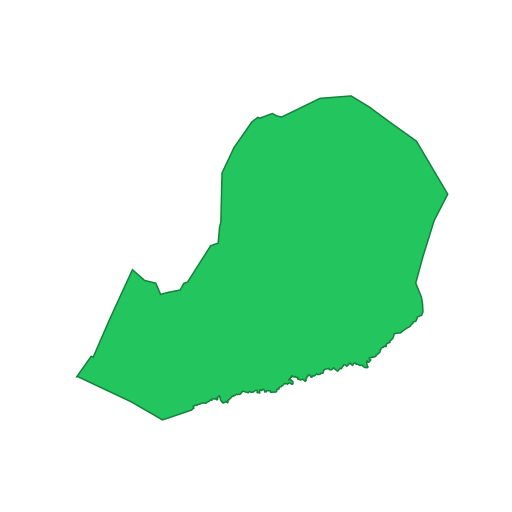 outline of Cochoapa el Grande, Guerrero, Mexico, rotated 258°
{"feature_id": "50627088B69738836017174", "entity_name": "Cochoapa el Grande", "entity_type": "district", "adm_level": 2, "iso_a3": "MEX", "parent_name": "Mexico", "parent_adm1": "Guerrero", "projection": "albers", "projection_center": [-98.516, 17.123], "detail": "fine", "context": "isolated", "style": "filled", "palette": "green", "viewbox_px": 512, "rotation_deg": 258, "n_neighbors": 0, "source": "geoboundaries", "source_scale": "gbopen_adm2", "svg_char_len": 5939}
<svg xmlns="http://www.w3.org/2000/svg" viewBox="0 0 512 512"><g transform="rotate(258 256 256)"><path d="M392.8,382.3L396.9,351.4L386.6,310.0L388.7,305.4L392.0,301.6L390.0,288.5L391.2,286.6L388.1,279.9L366.6,257.0L344.2,240.0L296.5,228.7L291.6,226.3L276.5,221.7L275.5,213.8L244.7,183.6L244.3,179.8L238.5,174.7L238.7,162.6L238.3,154.7L250.3,152.3L255.3,141.9L268.3,132.3L225.1,100.1L190.9,75.7L192.1,73.9L175.2,55.6L175.1,56.5L139.3,103.6L115.1,130.4L118.7,160.9L119.1,161.8L119.8,162.5L120.1,163.5L120.7,163.2L121.3,163.7L121.8,163.3L122.3,163.6L122.7,166.2L122.1,166.9L122.3,167.6L122.6,167.8L122.9,168.9L122.8,170.3L123.0,171.3L123.4,172.0L123.3,173.6L122.9,174.5L122.8,175.4L122.4,176.2L122.6,177.0L123.1,177.4L123.7,180.3L124.7,181.3L124.0,182.8L125.4,183.5L125.2,184.2L125.2,184.8L124.7,185.5L124.7,186.1L125.0,186.6L123.8,187.4L123.4,188.0L123.7,188.6L124.5,188.9L125.1,188.3L125.8,189.1L126.8,190.7L126.9,191.1L126.2,191.4L125.4,191.0L125.0,191.1L124.5,191.7L122.9,191.3L122.0,191.6L121.4,192.0L120.5,192.1L119.9,192.8L119.0,193.2L119.5,195.7L119.9,196.2L118.4,197.7L118.8,198.2L119.6,198.4L120.2,198.1L120.8,198.5L121.0,200.1L121.7,200.3L122.2,201.7L123.0,202.9L123.7,203.5L123.6,204.6L124.1,205.1L123.8,205.8L124.8,208.2L124.2,209.0L124.5,210.1L123.9,211.4L124.1,211.7L124.5,212.2L124.8,212.7L124.8,212.8L125.1,213.0L125.3,213.4L125.5,213.9L125.6,214.0L126.1,214.2L126.4,214.3L126.4,214.6L126.4,215.1L126.3,215.7L125.6,216.7L125.0,217.8L123.9,219.9L123.9,220.1L124.3,220.5L124.7,221.4L124.7,221.7L124.5,222.0L123.7,222.7L123.7,222.9L123.7,223.3L123.5,223.5L123.6,224.1L123.5,224.5L123.5,225.1L123.6,225.3L123.7,225.7L124.4,227.1L124.6,227.5L124.6,227.8L124.4,228.6L124.3,229.0L124.1,229.2L123.9,229.3L123.6,229.3L122.6,228.7L122.4,228.7L122.2,228.7L121.9,229.0L122.0,229.8L121.2,231.0L122.3,231.4L123.1,231.4L123.4,231.4L123.7,231.6L123.9,232.0L124.1,232.3L124.1,232.6L123.5,233.2L123.3,233.4L123.3,233.6L123.4,233.9L123.5,233.9L124.0,233.8L124.1,234.1L124.0,234.7L124.1,235.5L124.0,235.8L122.3,236.3L121.2,236.3L121.1,237.9L121.9,238.1L121.9,239.5L121.5,240.2L121.6,240.9L120.9,242.0L120.2,241.8L119.7,241.9L119.4,242.5L119.5,243.0L119.3,243.8L119.3,244.8L118.9,246.1L118.9,246.5L118.8,247.1L118.9,247.5L119.1,247.8L119.3,248.0L119.6,248.2L120.2,248.5L120.9,248.7L121.3,249.0L121.0,249.6L121.3,251.0L121.5,251.0L122.2,251.0L122.5,251.0L122.7,251.4L122.9,252.2L123.0,252.6L122.9,253.2L123.0,253.7L123.4,254.1L123.5,254.2L124.2,255.6L124.3,256.0L124.6,256.5L125.0,256.8L125.2,257.1L125.4,257.5L124.8,258.4L124.8,259.6L124.0,260.2L124.9,261.5L124.7,262.8L123.5,263.9L123.1,264.2L123.0,264.9L123.3,265.2L123.4,265.4L123.7,265.7L124.5,265.7L124.9,265.9L125.1,266.0L125.4,266.0L125.6,265.9L127.7,264.3L128.1,262.4L128.6,262.7L128.8,263.0L129.0,263.8L129.1,264.0L129.7,264.3L129.9,264.4L130.0,264.6L130.1,265.0L129.9,265.5L130.4,266.0L130.9,265.8L131.3,266.2L131.0,267.0L130.1,267.5L129.7,268.6L130.0,269.2L129.8,269.6L129.2,269.8L128.5,270.8L128.5,271.5L127.0,271.2L126.5,271.8L126.2,273.0L125.8,273.3L125.4,274.1L125.7,276.0L125.1,276.6L123.2,278.0L123.8,279.1L124.0,279.3L124.3,279.4L125.0,279.0L125.4,279.0L125.6,279.2L126.0,279.7L126.2,280.3L126.4,280.5L126.7,280.6L127.0,280.8L127.4,281.6L127.6,281.6L128.0,281.5L128.7,282.2L128.7,283.3L128.0,283.9L125.9,284.7L126.0,285.7L126.9,285.8L127.1,286.4L126.7,286.8L126.6,287.9L127.2,289.5L128.2,290.9L127.2,291.7L127.0,293.1L127.1,294.3L127.8,295.0L127.5,296.1L127.7,297.3L128.6,297.8L128.9,297.9L129.1,298.0L129.6,298.3L130.3,298.4L130.3,298.5L130.5,299.1L130.6,299.5L130.9,301.0L130.9,301.7L130.8,302.5L130.8,302.9L131.0,303.2L131.0,303.5L130.8,303.8L130.4,304.0L129.8,304.0L129.6,304.1L129.1,305.4L129.1,306.2L129.2,306.9L129.6,307.5L130.4,308.4L130.5,308.6L130.4,308.8L129.5,309.2L128.3,310.2L127.8,310.7L127.1,311.1L126.5,311.7L126.4,312.0L126.5,312.1L126.8,312.5L127.4,313.1L127.5,313.3L127.7,313.7L128.2,314.1L128.6,314.6L128.6,314.8L128.5,315.1L128.4,315.3L128.2,315.4L128.1,316.0L128.2,316.3L128.3,316.5L128.9,316.8L130.2,318.3L131.0,319.1L131.3,319.3L131.4,319.7L131.3,319.9L131.0,320.5L130.7,321.0L130.3,321.3L129.5,321.6L129.3,321.7L129.3,321.9L129.3,322.1L129.5,322.4L129.8,322.8L130.4,323.6L130.7,324.1L131.1,324.4L131.4,324.9L131.6,325.1L131.7,325.6L131.7,325.9L131.6,326.0L131.2,326.0L130.9,326.0L129.1,327.6L129.2,327.9L129.3,328.3L130.3,329.0L130.5,329.2L130.7,329.7L130.7,330.3L130.6,330.7L130.5,331.1L130.2,331.4L129.6,331.4L129.3,331.5L128.9,333.2L127.3,334.8L127.2,336.8L125.2,338.3L124.4,339.1L124.1,340.2L123.8,340.7L123.7,341.6L123.7,341.9L124.2,342.5L124.3,342.5L124.6,342.5L124.8,342.2L125.0,342.1L126.2,342.1L127.2,342.0L127.9,342.0L128.7,342.2L129.3,342.3L129.8,342.6L130.0,342.7L130.1,343.1L129.7,343.3L129.0,343.3L128.7,344.4L129.3,345.1L130.1,346.4L130.3,346.5L130.5,346.6L131.6,345.5L131.8,345.5L132.7,345.6L132.9,345.7L132.8,346.3L132.6,347.3L132.6,347.6L132.7,347.9L133.0,348.2L133.2,348.5L133.2,348.8L132.9,349.1L132.6,349.2L132.7,351.5L133.3,352.7L134.2,353.1L134.5,354.1L136.1,357.2L137.1,357.7L138.5,358.2L138.9,358.8L139.9,359.6L140.0,359.8L140.2,361.7L140.5,362.2L141.0,362.5L141.0,363.0L140.5,363.8L140.5,364.3L140.6,364.6L141.1,364.8L141.8,364.9L142.1,364.9L142.6,365.4L143.2,366.2L143.4,366.5L143.3,367.2L143.5,367.5L143.5,368.8L143.7,369.1L144.8,369.1L146.5,372.0L147.0,372.6L147.4,373.0L148.7,373.8L149.1,374.1L150.9,374.9L151.1,375.0L151.3,377.0L150.7,381.2L150.8,381.5L151.0,382.2L151.5,382.7L152.5,384.7L153.4,387.1L153.9,388.3L154.2,389.1L154.4,389.7L154.6,390.8L155.0,391.8L155.4,392.4L156.7,393.8L157.2,394.6L157.5,395.4L158.0,395.8L158.6,396.0L158.8,396.1L158.9,396.4L158.9,396.7L158.8,397.0L158.8,398.4L158.9,398.6L159.1,398.9L159.4,399.2L160.1,399.5L161.0,400.4L161.4,400.6L162.1,400.7L162.8,401.3L163.2,403.9L163.5,405.6L166.6,407.7L174.2,408.9L181.2,409.3L196.3,406.6L220.9,419.3L253.7,437.7L276.6,456.4L335.0,436.8L356.8,416.8L373.6,401.8L377.7,398.3L392.8,382.3Z" fill="#22c55e" stroke="#15803d" stroke-width="1.5"/></g></svg>